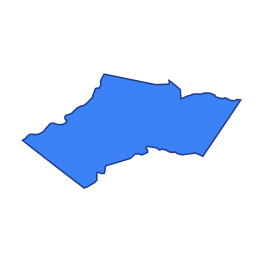 outline of São João dos Patos, Maranhão, Brazil, rotated 115°
{"feature_id": "56859067B96040325149331", "entity_name": "São João dos Patos", "entity_type": "district", "adm_level": 2, "iso_a3": "BRA", "parent_name": "Brazil", "parent_adm1": "Maranhão", "projection": "mercator", "projection_center": [-43.625, -6.566], "detail": "fine", "context": "isolated", "style": "filled", "palette": "blue", "viewbox_px": 256, "rotation_deg": 115, "n_neighbors": 0, "source": "geoboundaries", "source_scale": "gbopen_adm2", "svg_char_len": 2098}
<svg xmlns="http://www.w3.org/2000/svg" viewBox="0 0 256 256"><g transform="rotate(115 128 128)"><path d="M201.0,142.2L199.7,141.6L198.8,140.2L197.9,139.5L196.7,138.9L194.2,136.9L192.2,136.0L191.7,135.1L190.5,135.1L189.3,134.3L188.3,134.2L186.8,135.0L183.8,136.4L181.7,137.2L180.8,136.7L180.6,133.2L180.1,132.0L179.6,131.0L179.0,130.3L177.8,130.6L176.8,130.7L173.0,132.1L172.0,132.2L171.1,131.5L169.7,130.0L164.8,124.4L154.5,113.0L152.1,112.0L148.3,110.4L147.6,108.5L146.9,107.3L146.7,106.1L146.6,104.1L145.2,102.8L144.2,101.9L142.8,100.8L142.0,100.0L140.4,100.6L139.5,101.5L138.7,103.1L136.5,102.9L134.5,95.9L134.1,93.8L133.9,92.7L134.3,91.9L134.8,90.8L134.3,89.8L133.3,88.7L132.6,87.6L132.5,86.3L131.9,85.1L132.0,83.5L132.1,82.3L132.2,80.9L132.1,79.9L131.8,78.8L131.2,77.5L130.7,76.2L130.0,75.3L130.0,74.2L130.2,73.1L130.2,71.6L130.0,70.1L129.7,68.8L129.4,67.6L128.6,66.3L127.2,64.2L122.1,56.1L122.0,48.2L117.0,47.4L78.3,41.3L55.0,37.7L56.1,41.4L58.0,42.4L59.2,45.7L59.8,47.5L59.3,50.1L59.5,51.6L59.9,53.2L61.3,54.3L61.5,55.7L62.4,57.3L62.2,58.8L62.6,59.9L62.7,61.4L62.2,62.4L61.6,63.1L61.7,68.1L62.1,69.4L64.1,73.8L66.0,75.4L67.2,78.0L69.0,81.9L70.3,83.9L71.9,85.1L74.1,87.8L77.3,90.6L79.1,92.4L74.6,94.9L71.2,96.7L70.3,99.6L68.0,108.6L67.7,110.9L68.9,110.0L69.7,109.5L70.9,109.4L72.6,112.6L77.1,121.4L89.3,172.4L95.0,172.7L96.9,172.7L100.3,171.0L101.3,170.7L104.3,171.3L105.0,173.0L105.6,173.8L106.8,174.2L108.2,174.0L110.4,173.7L112.2,173.8L113.5,173.6L115.1,173.2L119.1,174.5L121.5,175.2L124.2,176.5L126.0,177.4L126.6,178.1L127.8,179.6L129.1,180.8L131.0,182.4L133.2,183.2L135.3,184.2L137.4,184.8L138.3,185.2L139.4,186.0L140.3,186.8L142.0,188.8L142.9,189.6L144.5,189.9L145.6,189.4L146.8,188.4L147.1,186.7L148.4,186.4L150.5,187.1L152.3,188.8L153.4,190.4L154.2,192.1L154.6,193.7L154.9,195.7L155.1,197.9L155.8,199.1L156.9,200.3L158.0,200.8L159.4,201.0L161.7,201.8L165.7,202.8L167.6,203.4L171.3,206.3L172.6,208.2L173.2,209.7L174.8,213.6L175.6,214.6L178.3,216.0L179.8,216.1L181.1,216.6L182.3,217.7L183.8,218.3L193.7,175.4L201.0,142.2Z" fill="#3b82f6" stroke="#1e3a8a" stroke-width="1.5"/></g></svg>